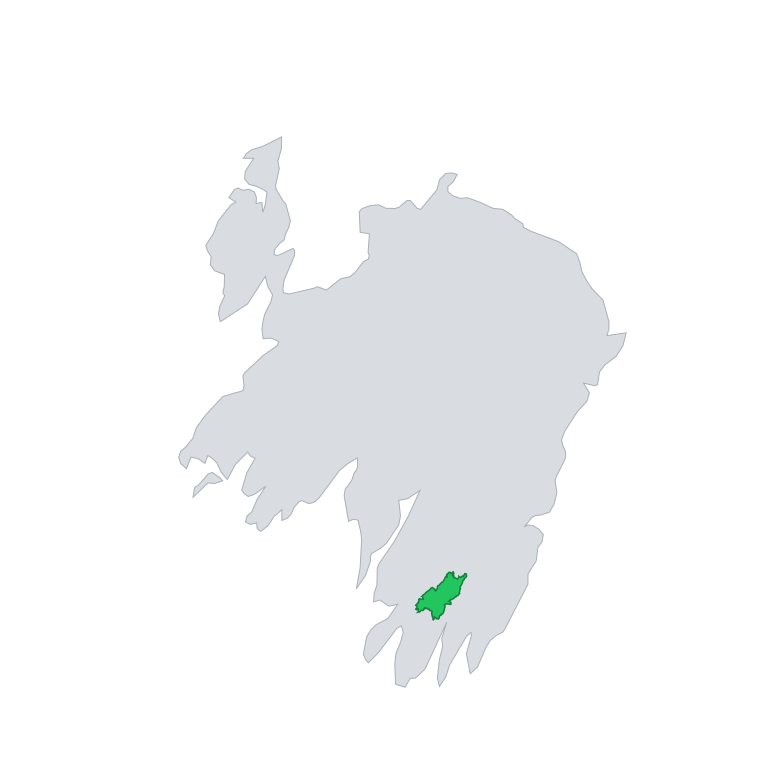 Killarney Lea-7, Kerry, Ireland shown in context, rotated 310°
{"feature_id": "5873133B17042866960097", "entity_name": "Killarney Lea-7", "entity_type": "district", "adm_level": 2, "iso_a3": "IRL", "parent_name": "Ireland", "parent_adm1": "Kerry", "projection": "robinson", "projection_center": [-9.439, 52.045], "detail": "fine", "context": "in_parent", "style": "filled", "palette": "green", "viewbox_px": 768, "rotation_deg": 310, "n_neighbors": 0, "source": "geoboundaries", "source_scale": "gbopen_adm2", "svg_char_len": 9030}
<svg xmlns="http://www.w3.org/2000/svg" viewBox="0 0 768 768"><g transform="rotate(310 384 384)"><path d="M481.8,165.3L466.0,173.5L463.6,176.6L459.3,189.4L458.8,193.0L448.9,207.3L443.3,210.2L434.9,212.5L430.1,214.8L424.1,213.6L416.5,213.8L412.7,216.4L412.9,218.3L415.2,220.6L429.4,227.2L428.6,229.9L424.6,233.0L399.4,240.7L391.9,245.3L389.3,248.4L392.0,253.5L412.4,268.8L415.8,270.5L418.9,279.5L436.8,283.2L444.2,288.8L450.5,290.1L464.2,289.6L469.7,291.7L472.8,290.2L474.6,287.2L489.7,276.3L484.9,268.2L500.1,254.3L504.4,254.5L511.7,258.7L517.7,264.6L519.8,272.5L525.5,279.6L529.2,282.0L539.1,283.5L541.4,286.2L539.9,296.5L541.4,299.9L566.5,299.7L576.4,295.2L585.1,296.0L589.5,300.6L591.5,305.3L584.0,307.1L576.2,306.1L572.5,309.2L572.3,315.2L575.1,323.0L580.5,328.4L584.9,340.8L588.6,354.5L594.2,362.8L595.5,373.0L594.8,378.1L596.0,387.1L593.7,390.3L595.6,398.8L605.3,426.3L607.6,447.7L603.2,455.7L597.3,463.3L593.6,472.4L590.7,482.1L589.1,497.8L576.3,516.3L570.8,520.9L564.4,523.7L578.8,536.6L567.3,542.3L554.6,544.1L540.6,540.9L531.8,541.3L520.8,548.0L518.3,546.8L512.9,536.2L509.2,547.1L501.1,550.6L487.3,549.8L464.2,552.8L455.3,555.9L451.7,560.7L449.0,566.4L445.4,569.7L441.3,571.4L423.5,575.6L420.0,577.2L411.8,586.3L401.0,591.6L392.0,593.1L383.9,587.8L380.6,584.7L376.9,583.1L364.6,583.3L368.5,584.9L371.1,588.7L372.3,595.8L371.0,602.8L364.9,606.4L357.7,607.0L346.3,614.3L331.2,616.3L323.1,623.0L273.1,634.3L270.3,634.4L263.4,631.6L255.9,630.3L248.5,631.2L227.5,637.5L217.4,636.3L230.3,620.5L247.7,612.6L249.5,610.4L243.8,609.4L210.8,614.9L199.3,619.6L187.9,620.9L193.2,613.8L208.0,603.9L220.8,597.5L226.3,591.7L241.9,585.2L191.7,598.7L178.6,597.0L175.5,593.3L165.2,595.0L161.4,585.9L176.6,572.1L185.5,566.2L196.0,563.0L206.1,558.4L209.9,552.7L205.1,550.9L174.9,552.4L160.4,551.2L161.2,546.7L163.9,541.8L179.0,533.3L187.1,531.9L194.3,532.7L207.1,537.7L224.1,536.1L217.0,530.7L215.8,519.7L210.4,516.1L217.3,511.0L225.3,507.9L238.5,497.3L243.3,495.7L269.4,493.2L297.7,487.7L325.6,480.0L311.3,475.8L304.4,470.1L293.4,481.5L285.4,485.9L263.0,488.2L255.9,486.9L245.9,483.4L242.7,484.7L239.9,487.4L225.0,493.0L209.4,494.4L227.5,484.1L250.6,466.8L255.7,461.3L263.0,451.7L260.8,447.5L256.0,445.1L272.7,425.4L278.5,421.9L289.2,421.3L297.0,418.2L300.4,418.2L303.5,417.0L310.4,411.1L299.8,407.4L288.9,405.5L255.1,407.5L250.7,407.1L246.5,405.3L243.8,402.7L241.8,396.0L239.3,394.5L231.7,394.5L224.2,396.5L218.9,396.3L213.8,393.4L222.0,386.6L211.5,385.0L200.8,386.3L191.9,384.3L191.6,380.0L195.7,375.7L190.4,371.7L189.3,366.5L194.9,364.0L201.1,364.9L213.6,361.1L229.7,359.2L215.9,355.5L210.5,352.3L210.2,347.4L211.3,343.2L227.3,336.1L244.2,333.0L243.0,328.3L244.2,323.3L227.0,321.8L210.1,325.4L211.9,315.7L216.0,307.0L216.8,301.3L216.0,295.1L208.1,297.8L207.2,289.1L203.8,283.1L192.1,287.2L192.4,279.4L195.8,273.9L202.0,271.5L208.0,272.6L219.3,272.5L230.2,268.3L245.9,267.3L270.9,268.6L288.1,280.2L292.5,278.1L299.4,270.8L302.6,270.0L328.5,273.2L344.6,277.4L348.9,276.1L346.5,267.9L341.0,262.3L347.9,254.9L356.3,249.9L361.9,247.4L374.9,244.3L380.6,241.3L384.3,231.8L390.2,223.9L357.6,228.0L326.5,218.6L331.4,212.0L338.0,208.2L349.2,205.3L350.3,201.9L356.0,199.0L365.4,191.4L361.9,181.5L363.7,174.4L370.4,169.8L372.5,163.2L375.5,158.4L389.3,156.7L402.4,152.2L422.8,151.6L428.2,153.4L426.9,145.4L436.4,144.4L440.2,146.0L441.9,151.6L446.3,155.2L447.8,161.4L444.9,166.3L440.1,170.0L444.6,173.8L437.7,180.8L445.2,177.8L455.8,171.0L455.1,165.5L453.2,158.6L450.2,152.3L451.4,145.5L457.4,141.2L473.1,139.0L466.5,131.2L472.2,130.5L478.5,132.1L487.8,138.2L507.4,146.7L498.0,154.3L486.3,159.6L481.8,165.3ZM206.7,318.9L206.2,322.7L198.7,318.0L195.1,312.8L174.4,310.5L183.1,305.4L187.2,306.9L201.8,307.1L205.9,309.2L206.7,318.9Z" fill="#d9dde1" stroke="#a8b0b8" stroke-width="1"/><path d="M282.0,555.3L281.8,555.1L281.6,554.9L281.2,554.9L280.9,554.9L280.6,554.8L280.4,554.8L280.3,554.7L280.0,554.8L279.6,554.7L278.9,554.5L277.9,554.7L278.2,555.4L277.5,555.6L276.9,556.0L276.7,556.4L276.5,556.2L276.3,556.0L276.2,555.3L275.6,555.1L274.3,555.5L273.3,555.8L272.4,556.0L271.8,556.0L271.1,556.2L270.3,556.2L270.2,556.2L270.4,556.3L270.1,556.3L270.0,556.5L270.1,556.3L270.1,556.2L269.7,556.1L269.5,555.8L269.4,555.7L268.9,555.7L268.7,555.6L268.3,555.6L267.9,555.8L267.2,555.6L266.5,555.6L266.3,555.5L266.1,555.6L265.8,555.8L265.4,555.8L264.9,555.3L264.4,555.1L264.2,555.0L263.7,555.0L263.1,555.1L262.7,555.6L262.2,555.8L261.9,556.3L261.6,556.3L260.7,556.3L259.7,556.6L259.4,556.4L259.0,556.4L258.5,556.3L258.5,556.2L258.7,555.7L258.9,555.6L259.1,555.3L259.5,554.9L259.5,554.7L259.2,554.4L259.2,554.1L259.4,553.6L259.4,553.4L259.3,553.2L259.3,552.7L259.4,552.3L258.9,551.7L258.0,551.2L257.4,551.2L256.9,551.4L255.5,551.1L254.2,551.0L253.8,550.9L253.4,550.6L252.8,550.5L252.7,550.4L250.9,550.1L250.5,550.2L249.8,550.1L249.3,550.2L247.8,549.6L247.1,549.6L245.8,549.5L246.0,549.7L246.1,550.1L245.9,550.4L245.4,550.7L244.8,551.6L244.9,552.0L244.7,552.4L244.2,552.2L243.6,551.5L243.5,551.3L242.8,550.5L242.5,549.9L242.4,549.8L242.1,549.4L242.2,549.2L242.3,549.1L242.2,549.0L241.7,549.1L241.5,549.3L241.4,549.3L241.2,549.3L241.2,549.6L241.0,549.8L240.7,550.1L240.3,550.0L239.5,550.2L239.0,550.4L239.0,550.7L238.6,550.7L238.3,550.9L238.2,550.7L237.8,550.7L237.7,550.8L237.3,550.6L236.6,550.6L234.8,550.5L234.7,550.7L235.0,551.4L235.0,551.7L235.1,551.9L235.0,552.0L234.7,552.1L234.5,552.4L234.3,552.6L233.6,553.0L233.2,553.0L232.8,552.9L232.4,552.9L231.9,553.1L231.9,553.5L231.9,553.8L232.0,554.1L232.4,553.9L233.0,553.8L233.4,554.3L233.8,554.7L233.6,554.8L233.3,555.0L233.2,555.2L233.2,555.4L233.0,555.5L232.6,555.8L232.5,556.1L232.4,556.1L231.9,556.4L231.9,556.5L231.6,556.6L231.4,556.6L231.1,556.6L230.9,556.6L231.3,556.9L231.6,557.3L232.1,557.8L233.4,558.0L234.0,558.0L235.1,558.4L235.4,558.7L235.5,559.3L235.6,559.5L236.7,559.6L236.9,559.6L237.1,559.3L237.4,559.1L238.5,559.0L238.8,559.1L238.8,559.5L238.7,559.7L238.6,559.9L238.8,560.2L239.1,560.4L239.0,560.6L239.9,560.8L239.9,561.5L239.7,561.7L239.7,562.0L240.0,562.6L240.6,563.1L240.2,563.7L240.0,563.8L240.1,564.1L240.0,564.9L240.3,565.1L240.7,565.8L240.5,566.3L240.7,566.5L240.7,566.9L239.9,567.3L239.6,567.7L239.3,567.8L239.0,567.9L238.7,568.5L238.4,568.5L237.8,569.3L237.7,569.6L237.3,569.9L237.2,570.3L237.0,570.5L237.0,570.8L236.7,570.9L236.7,571.2L236.6,571.7L235.8,572.3L235.1,572.7L235.0,573.2L235.0,573.4L235.5,573.5L236.2,573.3L237.6,572.8L237.6,572.7L237.9,572.5L238.0,573.1L238.2,573.4L238.1,573.5L238.2,573.9L238.1,574.1L238.2,574.3L238.1,574.5L237.7,575.0L238.2,575.4L238.5,575.4L238.7,575.8L238.9,576.0L238.8,576.6L239.5,576.8L240.1,576.7L240.8,576.4L241.0,576.2L241.5,575.7L242.1,575.7L242.7,575.9L243.2,575.8L243.4,575.9L243.5,575.8L243.4,576.0L243.5,576.3L243.8,576.2L244.0,576.1L244.4,575.9L244.6,576.3L244.9,576.3L245.1,576.4L245.3,576.4L245.5,576.6L245.3,576.7L246.0,576.7L246.7,576.4L247.3,576.4L247.7,576.3L247.7,576.1L248.3,575.8L248.4,575.7L248.7,575.7L248.6,575.8L248.8,575.8L249.3,575.6L250.0,575.3L251.8,574.2L252.2,574.2L252.7,574.1L253.3,573.0L253.7,572.7L253.6,572.3L254.4,572.4L254.7,572.6L255.2,572.8L255.2,573.0L255.5,573.0L255.9,573.2L256.8,574.9L257.6,576.0L257.6,576.3L257.8,576.3L258.0,576.4L258.0,576.5L258.3,576.8L258.7,576.5L258.8,576.2L259.4,576.1L259.5,576.0L259.6,575.7L259.6,575.4L259.7,575.1L259.7,574.8L259.4,574.5L259.2,573.3L259.7,573.6L261.0,573.4L261.1,573.6L261.2,573.9L261.8,574.0L262.1,573.9L262.1,574.2L262.2,574.3L262.3,574.4L263.2,574.5L263.5,574.8L263.8,574.9L264.2,575.3L264.7,575.2L265.3,575.3L265.8,575.4L266.7,575.2L266.9,575.7L267.3,576.0L268.1,575.8L268.4,575.8L269.3,576.5L269.7,576.6L272.0,576.5L271.9,576.3L272.4,575.8L272.8,575.7L273.6,575.4L274.3,575.0L274.6,574.6L275.3,574.5L275.7,574.2L276.6,574.0L276.8,573.3L277.1,572.9L277.3,572.7L279.2,572.6L279.5,572.4L281.7,572.0L282.7,571.6L283.6,571.0L284.7,570.9L285.4,571.1L286.0,570.9L286.2,571.0L286.6,571.0L287.5,570.6L288.8,571.0L289.4,571.0L289.9,570.8L290.3,570.4L290.6,569.8L290.8,569.8L291.3,569.3L291.4,569.0L290.7,567.8L290.0,568.0L289.6,568.1L288.6,568.0L288.4,568.0L288.1,567.9L287.7,568.0L287.7,567.9L287.5,568.0L287.3,567.8L287.2,567.9L287.2,568.0L287.1,567.9L287.1,568.1L286.9,568.2L287.0,568.1L286.9,567.9L286.5,567.7L285.9,567.2L285.2,566.9L284.8,565.7L284.8,565.1L284.6,565.3L283.8,565.5L281.8,565.7L281.5,564.8L281.5,564.3L281.2,563.5L281.2,562.8L280.8,562.5L280.8,562.4L280.9,562.2L280.8,561.9L281.0,561.9L280.8,561.6L281.0,561.5L280.9,561.5L281.0,561.4L281.0,561.2L281.1,560.8L281.3,560.8L281.2,560.7L281.6,560.5L281.6,560.2L281.9,560.2L282.0,559.9L281.9,559.6L282.0,559.6L281.9,559.5L282.0,559.5L282.2,559.3L282.4,559.4L282.4,559.2L282.6,559.3L282.7,559.2L282.9,559.3L283.1,559.2L283.5,559.2L283.6,558.9L283.8,559.0L283.9,558.7L284.1,558.6L284.2,558.4L284.3,558.5L284.6,558.0L284.3,557.8L284.3,557.7L283.9,557.8L283.9,558.0L284.2,558.0L283.7,558.0L283.8,557.9L283.7,557.9L283.2,557.6L282.5,557.3L282.8,557.2L282.5,556.9L282.3,556.7L282.1,556.3L282.2,556.1L281.8,555.9L282.0,555.6L281.9,555.5L282.0,555.3Z" fill="#22c55e" stroke="#15803d" stroke-width="1.5"/></g></svg>